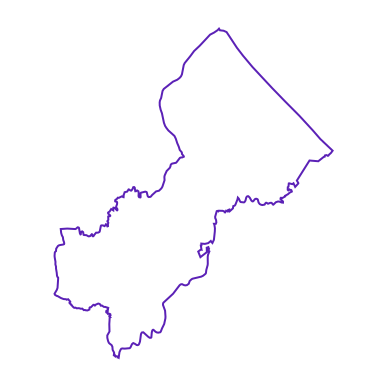 outline of Trieu Phong, Quảng Trị, Vietnam, rotated 357°
{"feature_id": "81297802B12813150904873", "entity_name": "Trieu Phong", "entity_type": "district", "adm_level": 2, "iso_a3": "VNM", "parent_name": "Vietnam", "parent_adm1": "Quảng Trị", "projection": "equal_earth", "projection_center": [107.119, 16.775], "detail": "fine", "context": "isolated", "style": "outline", "palette": "violet", "viewbox_px": 384, "rotation_deg": 357, "n_neighbors": 0, "source": "geoboundaries", "source_scale": "gbopen_adm2", "svg_char_len": 6034}
<svg xmlns="http://www.w3.org/2000/svg" viewBox="0 0 384 384"><g transform="rotate(357 192 192)"><path d="M49.4,286.4L49.7,287.4L51.3,288.6L52.3,288.9L55.7,291.1L58.2,292.2L60.6,292.5L61.2,293.0L62.7,292.6L64.7,295.1L64.7,295.4L63.9,296.0L64.0,296.8L65.5,298.0L65.6,298.7L66.2,299.0L66.7,300.0L68.3,301.5L69.7,301.4L70.7,302.1L73.0,302.1L75.0,302.8L76.3,302.7L77.8,304.3L78.9,304.2L79.8,304.6L81.5,304.8L83.4,304.0L83.6,302.3L83.9,301.9L85.0,301.8L87.6,299.5L88.4,299.6L89.1,300.3L90.1,299.4L92.5,298.5L94.0,299.0L95.1,300.8L96.0,300.6L98.0,302.1L99.8,302.3L100.8,303.0L101.7,303.0L102.3,303.4L102.1,303.8L101.9,305.1L101.7,305.4L100.7,305.9L100.7,306.6L100.8,307.2L100.1,307.0L100.1,307.7L100.9,308.3L101.5,307.6L101.4,308.6L101.6,309.3L103.2,309.3L103.5,310.0L104.0,309.9L104.2,310.9L103.6,311.5L102.9,311.7L103.2,312.3L103.8,312.9L103.2,313.2L102.9,316.2L102.5,319.5L102.3,327.0L99.9,330.8L99.8,333.2L100.4,336.4L101.0,338.1L101.5,338.8L103.7,340.7L104.4,342.4L104.5,345.5L105.8,348.3L105.4,351.0L105.7,351.1L106.0,350.5L106.3,350.5L106.4,351.7L106.9,352.3L107.4,351.9L109.0,352.4L109.1,353.3L109.3,353.3L109.6,352.8L109.7,353.4L110.1,353.7L111.2,348.1L112.5,345.6L113.2,344.8L114.2,344.6L116.6,344.9L121.6,344.7L122.4,344.0L124.1,340.8L125.4,339.8L127.0,340.6L128.7,341.9L129.8,342.1L130.7,341.7L131.2,341.0L132.2,338.7L133.6,331.3L134.1,330.3L134.8,329.6L136.1,329.6L140.6,334.2L142.0,335.3L142.7,335.4L143.4,335.4L143.8,335.0L144.5,330.1L145.1,328.2L145.7,327.6L146.3,327.6L148.2,329.6L149.5,330.4L150.9,330.7L152.9,330.4L153.5,329.8L154.9,326.7L157.3,322.4L158.8,316.9L159.0,315.1L158.9,309.1L157.1,303.2L157.3,301.7L157.7,301.0L167.8,292.6L174.7,284.5L175.8,283.7L177.2,283.5L179.2,284.6L180.5,284.9L182.1,284.7L184.0,283.4L185.0,280.8L187.0,279.1L188.1,278.6L196.8,277.0L198.7,276.2L201.2,274.4L201.7,273.6L202.2,270.6L203.8,265.8L204.0,264.4L204.3,257.6L204.7,255.6L206.2,252.3L205.6,252.0L205.8,250.2L205.3,250.2L205.9,249.2L205.6,249.0L204.8,249.6L204.7,248.9L205.5,248.6L205.4,247.9L203.8,248.4L203.7,252.8L197.0,257.5L195.1,251.8L197.9,249.9L198.5,250.1L198.0,245.9L198.6,245.8L198.6,244.0L202.1,244.5L205.5,243.9L208.2,241.9L208.7,242.8L209.7,244.0L211.4,240.8L212.7,232.7L213.0,229.5L212.7,226.2L212.3,224.9L214.1,225.0L214.7,223.8L214.6,221.4L214.2,220.1L213.9,219.6L213.8,218.0L215.7,212.4L216.5,212.2L217.3,212.7L217.7,212.1L221.6,212.4L223.1,213.0L223.6,213.4L223.6,214.0L224.1,214.1L225.1,212.5L225.5,212.8L226.1,212.7L226.8,213.4L227.2,213.3L227.5,213.1L227.3,211.8L228.3,211.5L228.3,212.1L228.7,213.2L232.0,210.5L232.5,208.2L233.8,207.9L234.6,207.1L237.0,201.8L237.5,200.0L238.4,201.1L239.3,203.5L239.8,204.3L240.2,204.6L243.3,205.1L243.8,204.9L244.9,203.5L245.9,200.3L246.6,199.4L247.5,199.1L248.1,199.2L249.4,200.7L250.8,203.6L251.6,204.4L252.2,204.6L252.8,204.3L254.2,202.7L254.9,202.2L255.8,202.1L257.0,202.6L257.4,203.3L257.9,205.9L258.3,206.6L259.0,207.6L260.4,208.4L261.6,208.7L263.8,208.4L264.7,207.1L265.4,206.6L265.9,206.7L267.3,207.7L269.3,207.0L270.4,206.9L271.0,207.1L272.2,208.8L272.6,208.9L275.2,206.6L277.3,206.0L278.6,206.1L281.0,207.2L282.3,207.4L282.4,206.4L282.2,206.0L280.1,204.0L280.0,203.6L280.2,202.7L280.6,202.4L281.6,202.9L284.8,201.3L284.7,200.7L287.6,199.3L289.6,197.7L291.7,196.8L291.4,195.5L291.0,195.1L289.9,195.0L289.3,194.5L288.2,195.4L287.7,194.8L287.9,192.2L288.6,191.7L289.1,188.5L289.4,188.4L292.6,189.4L293.8,188.6L295.3,192.3L296.7,190.9L298.6,189.0L298.6,188.5L297.3,186.1L311.0,166.7L319.7,167.9L325.6,163.7L326.3,163.7L326.8,162.4L328.4,162.2L329.6,163.0L330.1,162.8L330.8,161.9L332.8,160.3L334.6,158.1L322.9,145.8L315.8,136.7L303.2,121.5L289.6,106.3L277.2,92.1L259.0,70.4L250.1,58.6L244.4,50.3L234.9,34.1L232.0,32.6L228.4,32.0L227.5,30.3L226.1,31.7L222.3,34.0L218.3,35.8L207.3,46.4L201.5,51.3L197.2,56.5L191.5,62.8L190.4,64.8L188.1,74.0L187.0,76.0L185.5,77.5L183.2,79.1L178.8,80.8L169.2,87.6L167.9,89.5L166.1,96.5L164.8,99.0L164.4,100.8L164.3,104.0L165.0,108.2L166.1,111.8L167.6,121.4L168.6,124.6L169.8,126.7L171.6,129.3L177.4,135.1L178.6,137.9L179.8,142.4L181.2,146.2L182.0,149.4L183.9,151.9L184.0,153.6L185.5,155.6L185.7,156.3L184.3,156.9L182.4,157.0L181.7,157.3L178.2,161.4L177.5,162.0L173.6,162.6L172.4,163.4L172.1,164.0L171.8,165.3L171.1,166.7L167.8,169.7L165.6,174.0L165.2,175.5L165.2,178.8L162.7,185.2L161.6,186.8L159.1,189.0L156.2,189.5L151.8,193.1L150.8,194.3L150.0,194.7L148.6,194.8L147.8,194.2L147.5,193.6L146.8,189.9L146.5,189.6L145.3,189.2L141.1,190.0L140.7,190.3L140.5,191.0L140.4,194.4L140.2,194.7L139.0,194.5L138.6,194.0L138.4,193.2L138.7,190.4L138.5,188.5L137.4,187.6L137.0,187.6L136.2,188.3L135.4,188.3L135.0,184.6L134.4,184.0L133.6,184.1L132.6,186.2L131.5,187.4L130.6,187.3L129.3,186.2L128.8,186.1L127.3,188.2L124.7,188.7L124.1,190.4L123.7,190.9L123.4,193.6L123.0,193.5L121.9,192.6L118.6,194.0L117.6,193.8L116.5,195.1L115.1,195.8L114.7,197.0L115.0,197.5L116.4,197.8L116.7,198.8L116.5,200.3L115.5,202.6L115.6,203.5L116.6,205.2L116.6,206.1L116.4,206.4L116.1,206.4L113.9,203.8L112.7,203.5L112.5,203.8L112.4,206.2L110.4,204.8L108.7,207.2L107.3,208.0L107.1,208.3L107.2,209.2L108.7,210.6L109.1,211.5L108.7,211.9L107.2,211.9L107.0,212.2L107.0,215.4L106.0,216.6L106.0,217.1L106.6,217.6L106.8,218.5L106.4,219.3L106.3,221.7L105.7,221.9L104.8,219.9L104.3,219.7L103.5,221.0L102.8,221.5L101.4,220.7L99.7,220.6L99.2,221.1L97.8,226.5L97.4,227.1L95.9,227.7L94.1,227.6L92.6,229.2L91.2,231.0L90.6,231.0L90.3,230.7L90.2,229.5L90.0,229.0L89.7,228.9L87.9,230.7L86.8,230.9L86.2,230.8L84.3,229.6L81.8,229.3L81.5,229.1L81.4,228.6L81.2,226.4L80.3,225.6L79.6,225.8L78.9,227.1L78.7,228.4L78.4,228.5L77.9,227.5L77.3,222.2L77.1,221.7L76.3,221.3L75.9,221.3L74.3,222.6L73.5,222.9L65.6,222.0L59.0,222.1L59.2,226.0L59.8,228.5L60.7,230.4L60.9,233.1L61.6,235.5L61.7,236.9L61.5,237.4L60.7,237.7L57.3,238.1L56.1,238.4L55.2,239.0L53.4,241.5L53.1,243.9L52.3,244.5L51.8,245.4L51.4,248.7L51.5,250.4L52.0,254.6L51.8,257.1L52.3,259.5L52.2,261.3L52.7,265.6L52.8,268.5L53.2,269.8L53.8,270.4L53.8,271.5L52.7,280.7L51.9,282.6L49.4,286.4Z" fill="none" stroke="#5b21b6" stroke-width="2"/></g></svg>